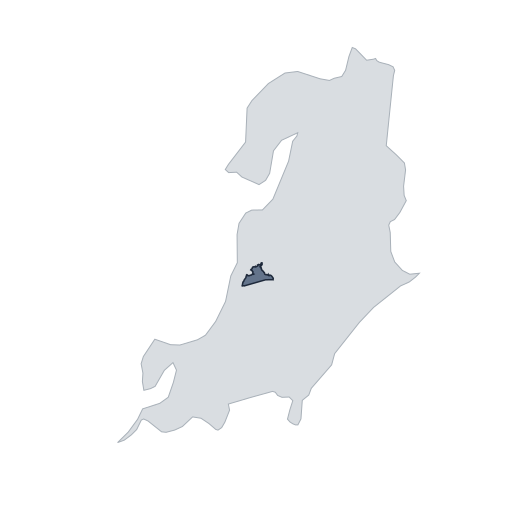 Tarrazu, San José, Costa Rica (highlighted), rotated 74°
{"feature_id": "36466004B83189782085425", "entity_name": "Tarrazu", "entity_type": "district", "adm_level": 2, "iso_a3": "CRI", "parent_name": "Costa Rica", "parent_adm1": "San José", "projection": "robinson", "projection_center": [-84.074, 9.584], "detail": "fine", "context": "in_parent", "style": "filled", "palette": "slate", "viewbox_px": 512, "rotation_deg": 74, "n_neighbors": 0, "source": "geoboundaries", "source_scale": "gbopen_adm2", "svg_char_len": 5305}
<svg xmlns="http://www.w3.org/2000/svg" viewBox="0 0 512 512"><g transform="rotate(74 256 256)"><path d="M429.9,262.3L429.3,264.5L427.5,266.8L424.9,269.1L421.5,270.7L413.3,265.9L405.2,260.5L400.7,263.0L399.0,270.0L396.0,273.6L392.3,275.0L390.7,277.4L390.5,301.1L390.7,323.4L396.9,323.9L407.1,331.7L411.5,336.3L412.9,340.5L411.6,342.5L404.1,347.4L396.8,353.6L393.2,361.3L399.6,373.7L400.9,382.1L400.7,391.0L399.0,395.2L384.8,405.3L381.7,408.9L382.1,411.5L389.9,418.5L393.6,425.2L396.7,433.4L397.2,440.5L390.1,427.4L380.3,414.8L371.7,407.1L371.1,389.1L367.6,379.3L354.8,370.3L343.8,363.9L335.6,365.2L340.6,375.6L353.5,388.9L354.4,394.0L354.2,400.8L345.3,399.8L337.5,397.0L327.9,396.1L321.6,392.0L308.1,376.2L317.7,362.6L320.6,353.7L320.4,335.3L318.2,326.4L307.8,312.8L291.3,297.8L268.2,285.7L257.3,275.8L230.2,268.3L219.9,263.3L211.9,254.0L210.7,247.4L213.5,237.1L206.0,224.1L173.8,198.5L155.8,189.1L151.9,183.6L149.0,181.9L151.8,199.5L159.7,210.2L180.3,220.1L185.9,225.9L188.2,233.4L176.2,247.8L170.1,251.5L168.3,259.3L164.4,261.7L160.3,257.2L143.6,234.6L111.4,223.8L105.5,217.1L93.6,196.5L88.1,177.7L90.1,165.1L103.3,145.6L107.5,137.0L106.7,131.8L107.1,124.1L102.2,118.7L89.9,111.7L82.1,106.0L84.3,103.2L98.3,95.7L99.2,88.8L99.1,86.6L101.4,86.1L103.5,84.3L104.7,82.4L108.6,75.8L111.9,72.1L115.8,71.5L120.5,74.2L138.2,81.3L157.9,89.2L185.9,100.4L197.5,93.2L207.5,87.7L214.5,88.5L229.6,94.9L238.6,96.9L244.2,96.3L253.8,105.7L259.1,112.7L260.0,117.4L262.9,119.9L270.4,120.5L288.8,125.2L300.0,124.3L310.2,119.3L315.9,113.2L317.6,103.7L320.2,108.4L323.2,115.8L324.6,125.3L337.8,157.1L348.3,174.9L371.5,207.3L381.5,213.3L398.4,239.3L404.2,243.6L407.5,251.3L425.0,257.7L429.9,262.3Z" fill="#d9dde1" stroke="#a8b0b8" stroke-width="1"/><path d="M281.5,275.5L281.5,262.8L281.5,253.2L281.9,252.0L282.2,250.6L283.5,246.1L283.3,246.1L283.0,246.0L282.9,246.0L282.8,245.9L282.7,245.7L282.4,245.6L282.2,245.7L281.9,245.7L281.7,245.7L281.4,245.7L281.1,245.9L280.9,246.0L280.7,246.0L280.4,246.2L280.1,246.3L279.9,246.3L279.7,246.5L279.4,246.6L279.2,246.7L278.9,246.9L278.9,247.0L278.7,247.3L278.3,247.6L278.2,247.8L278.2,248.0L278.2,248.3L278.3,248.5L278.6,248.8L278.5,249.0L278.3,249.2L278.2,249.1L277.7,249.0L277.5,249.3L277.4,249.4L277.2,249.4L277.3,249.5L277.4,249.8L277.3,250.1L277.3,250.4L277.2,250.4L277.1,250.5L276.9,250.6L276.8,250.8L276.7,251.0L276.7,251.4L276.6,251.7L276.5,251.9L276.5,252.0L276.4,252.1L276.2,252.2L276.1,252.3L276.0,252.5L275.9,252.5L275.5,252.7L275.3,252.7L275.3,252.8L275.2,252.6L274.8,252.5L274.6,252.5L274.4,252.5L274.2,252.6L274.1,252.8L274.0,253.0L273.9,253.0L273.7,253.0L273.4,253.0L273.0,253.1L272.9,253.1L272.8,253.3L272.7,253.4L272.4,253.5L272.1,253.6L271.9,253.7L271.9,253.8L271.8,254.0L271.7,254.1L271.4,254.2L271.2,254.3L270.4,254.2L270.2,254.3L270.0,254.5L269.9,254.5L269.6,254.5L269.6,254.3L269.4,254.3L269.0,254.2L268.9,254.2L268.8,254.4L268.7,254.4L268.6,254.5L268.3,254.5L268.2,254.5L268.0,254.8L267.9,254.9L267.8,255.0L267.7,255.0L267.3,255.1L267.2,255.0L267.1,254.9L267.0,254.5L266.8,254.4L266.7,254.3L266.7,254.2L266.8,254.1L266.9,253.9L266.8,253.7L266.6,253.7L266.4,253.7L266.3,253.4L266.3,252.9L265.4,252.2L265.1,252.3L264.9,252.4L264.6,252.4L264.5,252.2L264.2,252.1L264.1,252.3L264.1,252.5L264.1,252.8L264.3,252.9L264.3,253.0L264.5,253.1L264.8,253.4L264.9,253.5L265.0,253.6L265.2,253.9L265.3,254.0L265.4,254.5L265.3,254.8L265.3,255.1L265.3,255.4L265.3,255.6L265.2,255.7L265.2,255.8L265.0,256.0L264.9,256.0L265.0,256.7L265.1,257.0L265.8,257.0L266.0,257.1L266.1,257.5L266.2,258.1L266.3,258.5L266.4,258.9L266.5,259.1L266.5,259.4L266.4,259.5L266.2,259.7L265.8,259.6L266.0,260.8L266.0,261.0L265.9,261.1L265.7,261.4L265.6,261.5L265.6,261.8L265.7,262.0L265.9,262.3L266.0,262.5L266.3,262.8L266.5,262.9L266.8,263.0L267.0,263.1L267.1,263.4L267.2,263.6L267.3,263.6L267.4,263.8L267.4,264.0L267.5,264.3L267.5,264.5L267.9,264.9L268.0,264.8L268.1,264.7L268.0,264.4L268.1,264.2L268.5,264.2L268.8,264.2L269.0,264.1L269.1,263.8L269.3,263.8L269.5,263.6L269.8,263.5L270.1,263.3L270.4,263.3L270.5,263.4L270.5,263.5L270.9,263.5L271.0,263.5L271.3,263.7L271.6,263.7L271.7,263.8L271.9,263.8L272.1,263.7L272.4,263.6L272.6,263.4L272.7,263.2L272.8,263.1L272.9,263.4L272.9,263.6L272.8,263.8L272.7,264.0L272.6,264.3L272.5,264.6L272.5,264.8L272.8,265.1L273.0,265.5L273.0,265.9L273.0,266.0L272.9,266.1L272.9,266.3L272.9,266.8L272.9,267.1L273.0,267.2L273.0,267.4L273.1,267.6L273.1,267.9L273.0,268.3L272.9,268.3L272.8,268.5L272.8,268.8L272.7,268.9L272.8,269.0L272.7,269.2L272.6,269.3L272.4,269.3L272.3,269.5L272.1,269.5L271.9,269.6L271.6,269.7L271.6,269.8L271.4,270.0L271.5,270.2L271.6,270.3L271.7,270.2L271.8,270.2L272.0,270.0L272.2,269.9L272.3,269.9L272.4,270.2L272.5,270.6L272.6,270.8L272.7,271.0L273.1,271.3L273.3,271.3L273.5,271.4L273.9,271.6L274.1,271.7L274.6,272.5L274.8,272.7L274.9,272.8L275.0,273.0L275.3,273.3L275.5,273.6L275.7,273.8L275.8,274.0L276.1,274.2L276.3,274.3L276.5,274.5L276.8,274.7L277.0,274.8L277.1,275.0L277.3,275.2L277.3,275.5L277.5,275.6L277.6,275.8L277.9,276.0L278.0,276.0L278.3,276.1L278.5,276.2L278.7,276.4L278.8,276.5L279.2,276.6L280.4,277.3L280.4,277.2L280.5,277.2L280.6,277.3L280.9,277.3L281.0,277.3L281.0,277.2L281.1,276.9L281.1,276.5L281.1,276.4L281.2,276.1L281.2,275.8L281.2,275.7L281.3,275.6L281.5,275.5Z" fill="#64748b" stroke="#1e293b" stroke-width="1.5"/></g></svg>